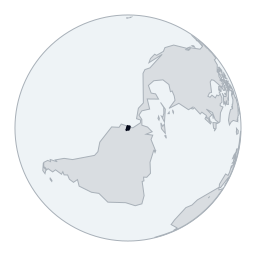 Nariño highlighted on a globe, orthographic projection, rotated 70°
{"feature_id": "COL-1406", "entity_name": "Nariño", "entity_type": "Department", "adm_level": 1, "iso_a3": "COL", "parent_name": "Colombia", "parent_adm1": "", "projection": "orthographic", "projection_center": [-77.896, 1.511], "detail": "fine", "context": "on_globe", "style": "filled", "palette": "ink", "viewbox_px": 256, "rotation_deg": 70, "n_neighbors": 0, "source": "natural_earth", "source_scale": "10m", "svg_char_len": 7939}
<svg xmlns="http://www.w3.org/2000/svg" viewBox="0 0 256 256"><g transform="rotate(70 128 128)"><circle cx="128" cy="128" r="113" fill="#eef3f6" stroke="#a8b0b8"/><path d="M127.4,114.6L124.8,113.4L122.2,116.8L113.0,111.5L109.7,105.0L81.8,95.2L78.9,92.1L79.0,86.8L70.5,70.7L73.8,86.0L70.4,83.1L67.8,77.7L69.5,76.3L68.1,68.5L65.1,65.8L65.7,56.7L73.3,45.4L74.1,47.0L75.8,44.4L74.9,42.5L73.9,41.9L78.6,33.3L76.8,30.1L72.5,31.7L76.3,29.7L65.9,34.9L62.5,36.5L68.5,33.2L70.9,31.9L69.7,32.0L71.9,30.6L72.6,30.1L75.3,28.6L78.6,27.2L80.4,26.3L79.5,26.5L81.6,25.4L82.7,25.2L86.5,23.4L92.7,21.5L93.4,23.5L99.1,22.5L105.7,25.0L107.3,24.1L110.9,24.9L114.1,24.2L114.4,25.2L116.7,23.8L115.8,23.1L116.5,22.3L118.3,22.0L119.0,23.0L118.2,23.4L119.4,23.5L118.9,24.3L120.2,23.7L120.8,25.3L122.9,23.3L125.6,24.2L125.3,25.4L121.9,25.9L112.6,31.0L111.2,33.0L112.8,35.0L123.1,37.3L123.0,39.5L125.5,42.1L127.2,40.4L125.8,37.9L129.5,35.7L127.4,33.2L128.6,32.1L127.8,29.7L131.7,29.5L135.9,30.9L136.7,33.0L138.6,33.8L140.8,31.6L145.3,35.9L153.4,39.4L154.1,40.8L150.1,43.2L142.4,43.3L137.1,47.9L144.3,44.6L146.1,48.7L148.0,49.4L150.1,49.1L150.9,47.6L152.3,49.1L145.7,52.5L144.3,51.2L146.5,50.0L142.8,50.2L138.4,53.2L139.6,55.4L131.6,58.7L132.4,60.4L131.1,62.3L130.4,59.2L131.5,64.9L122.2,71.8L123.6,82.7L118.1,74.4L113.6,73.6L108.3,73.9L108.4,75.7L101.1,74.7L94.7,78.7L92.4,87.6L95.0,94.3L103.1,94.3L105.4,90.4L111.3,89.4L107.3,100.0L117.6,101.2L116.6,109.2L119.6,113.3L124.7,112.1L130.1,114.0L133.8,109.3L139.8,106.6L140.0,113.2L143.2,107.2L146.7,110.3L158.5,109.9L157.7,111.4L167.7,119.0L178.3,122.4L180.7,127.2L179.5,130.2L183.1,131.1L183.1,133.0L197.1,136.0L204.0,140.9L203.5,147.8L197.4,155.7L190.8,172.3L179.5,177.7L175.9,184.3L165.9,193.8L159.2,193.1L160.4,197.8L156.1,200.6L151.5,200.8L150.2,204.1L146.8,204.2L148.7,206.3L142.5,210.4L143.5,213.8L138.9,217.0L139.6,218.9L138.1,218.9L136.3,219.6L136.0,220.6L131.5,218.9L131.0,214.5L133.1,212.3L131.0,211.9L135.5,206.1L133.1,207.3L134.7,198.4L138.7,190.9L142.3,168.8L140.0,164.4L131.6,159.3L121.4,143.0L124.3,136.2L122.0,133.0L129.5,123.4L127.4,114.6ZM23.9,92.1L24.7,89.6L24.6,91.0L23.9,92.1ZM24.9,88.2L24.7,89.0L24.8,88.3L24.9,88.2ZM24.8,87.8L24.9,88.1L24.7,88.0L24.8,87.8ZM123.1,86.5L134.9,91.7L128.3,92.5L129.5,91.5L126.5,89.3L120.9,87.4L115.1,88.7L123.1,86.5ZM24.6,86.4L24.7,86.1L24.9,85.8L24.6,86.4ZM128.1,80.3L126.1,79.9L128.1,79.8L128.1,80.3ZM73.1,42.0L74.6,42.6L74.7,45.0L73.1,44.6L73.1,42.0ZM73.3,38.1L74.7,37.8L72.6,40.1L72.5,39.6L73.3,38.1ZM69.0,33.4L69.9,33.4L68.3,33.9L69.0,33.4ZM72.2,30.3L71.3,30.8L72.0,30.3L72.2,30.3ZM125.7,30.0L126.7,29.8L126.4,30.3L125.7,30.0ZM124.4,29.1L123.3,29.8L122.5,29.5L123.2,29.1L124.4,29.1ZM78.1,27.0L77.4,27.4L76.8,27.7L77.8,27.2L78.1,27.0ZM126.1,28.3L121.2,29.0L119.9,28.5L121.6,26.6L126.1,28.3ZM82.5,25.0L82.2,25.1L81.7,25.3L82.5,25.0ZM114.7,23.0L115.8,23.8L113.2,23.6L114.7,23.0ZM112.9,23.1L104.1,24.1L103.5,23.0L106.6,22.8L104.4,21.9L108.4,20.8L110.5,21.1L110.1,21.9L111.9,20.9L112.9,23.1ZM116.6,22.0L114.8,22.2L114.2,21.2L117.5,20.7L116.6,21.1L116.6,22.0ZM101.9,22.3L101.9,21.6L105.2,20.5L105.7,20.2L108.4,20.7L101.9,22.3ZM117.7,21.2L119.2,20.5L121.2,20.6L118.2,21.8L117.7,21.2ZM112.6,21.2L112.4,20.8L113.6,20.8L112.6,21.2ZM129.0,21.3L126.9,21.3L126.4,20.8L129.0,21.3ZM119.6,20.2L118.9,20.2L118.5,20.0L119.9,19.6L119.6,20.2ZM110.6,20.0L111.9,19.8L109.6,19.7L112.0,19.1L113.4,19.6L113.8,19.1L114.5,19.0L114.8,19.7L110.6,20.0ZM119.9,18.8L122.5,19.7L126.4,19.6L127.0,20.0L120.6,20.1L119.9,18.8ZM116.9,19.2L118.9,19.0L118.6,19.6L117.0,20.0L116.9,19.2ZM113.1,18.5L109.1,19.3L108.9,19.2L113.1,18.5ZM121.1,18.7L120.5,18.5L121.4,18.6L121.1,18.7ZM115.6,18.4L114.2,18.6L115.6,18.4ZM120.3,18.1L121.1,18.3L120.1,18.5L120.3,18.1ZM118.2,18.1L118.3,17.8L119.2,18.5L117.6,18.2L118.2,18.1ZM115.7,18.2L115.1,18.2L116.3,18.1L115.7,18.2ZM123.7,17.1L125.1,17.9L122.9,18.4L121.8,17.5L123.7,17.1ZM138.8,222.6L131.8,219.5L135.8,220.9L139.0,219.3L142.5,221.6L138.8,222.6ZM148.0,218.3L151.4,217.4L152.1,217.9L149.9,218.7L148.0,218.3ZM207.0,47.7L206.6,47.3L208.9,49.6L209.7,50.4L212.4,53.4L208.4,49.4L209.3,51.4L215.6,61.3L215.0,62.6L212.1,61.3L204.6,52.0L206.8,50.2L204.1,47.5L199.2,44.0L200.3,43.9L198.6,42.5L198.9,41.9L195.1,38.2L194.8,37.6L189.0,33.5L188.1,32.8L191.8,35.3L194.2,36.9L193.8,36.6L200.6,41.9L207.0,47.7ZM191.4,34.9L192.0,35.3L185.2,31.1L186.3,32.1L180.5,28.8L169.2,23.1L176.9,26.5L184.3,30.4L191.4,34.9ZM239.9,140.6L240.4,130.4L240.4,122.1L240.0,118.8L239.7,120.0L238.9,116.1L238.5,116.2L233.5,120.5L230.3,115.7L222.6,100.8L222.3,94.3L219.3,87.4L214.9,62.9L217.2,63.7L217.5,59.8L218.1,60.4L221.6,65.5L222.7,67.0L227.1,74.4L230.8,82.0L234.0,90.0L236.6,98.1L238.6,106.5L239.9,114.9L240.5,123.5L240.6,132.0L239.9,140.6ZM220.3,74.6L221.3,76.6L220.3,74.6ZM158.9,109.8L160.3,111.0L158.5,111.1L158.9,109.8ZM127.4,95.2L129.9,95.3L131.2,96.2L129.3,96.6L127.4,95.2ZM148.0,95.0L150.8,95.5L147.9,96.1L148.0,95.0ZM136.7,92.4L145.8,94.8L140.1,96.8L134.4,95.4L138.3,94.8L136.7,92.4ZM127.1,83.9L128.6,84.3L128.2,85.4L127.1,83.9ZM129.6,80.3L129.0,80.4L128.2,79.5L129.6,80.3ZM146.5,48.5L147.0,48.2L149.2,48.4L148.3,49.0L146.5,48.5ZM158.5,45.4L160.5,48.0L158.4,46.5L157.5,47.7L151.9,46.3L154.2,41.4L154.2,43.8L158.5,45.4ZM145.2,43.7L148.4,44.8L144.8,43.8L145.2,43.7ZM188.6,36.2L190.2,36.8L192.2,38.4L192.5,40.2L189.7,37.7L188.6,36.2ZM192.0,37.4L185.1,33.2L184.6,32.3L186.0,33.4L186.4,33.2L188.8,35.1L195.1,38.7L197.2,40.5L196.7,42.1L195.7,40.5L194.2,39.8L192.0,37.4ZM168.4,27.2L165.4,26.2L168.2,25.3L170.7,26.4L171.2,27.9L168.6,27.6L168.4,27.2ZM130.0,25.2L128.7,25.4L128.5,25.0L129.5,24.5L130.0,25.2ZM128.0,21.3L135.6,23.8L134.5,24.1L140.2,25.6L139.5,27.2L135.8,26.1L139.5,28.6L135.9,28.3L138.8,30.0L130.6,27.5L127.4,27.6L131.2,26.8L132.0,25.3L131.4,24.7L127.3,23.1L120.9,22.9L120.7,21.7L122.2,20.8L123.7,20.7L123.4,21.5L125.6,20.7L126.3,21.8L128.0,21.3ZM140.0,16.5L139.0,16.7L143.5,16.9L144.3,17.3L144.8,17.3L146.7,17.9L149.8,18.6L149.7,18.8L151.0,19.1L152.3,19.6L154.0,20.0L154.3,20.6L156.4,21.3L155.3,21.3L159.0,22.3L156.4,21.8L157.8,22.7L159.6,22.7L156.9,26.5L157.7,29.1L159.8,31.6L155.1,30.9L150.1,28.3L145.7,25.3L145.6,23.1L143.5,23.4L142.8,22.5L144.7,22.7L141.3,22.0L141.3,21.4L137.3,19.7L132.4,19.4L130.9,18.9L132.8,18.8L129.9,18.5L132.4,17.9L131.3,17.6L132.7,16.9L137.0,16.9L135.5,16.7L136.5,16.3L140.0,16.5ZM124.2,16.9L129.2,16.5L132.0,16.7L128.4,17.9L129.0,18.2L126.7,19.4L122.7,19.2L123.7,18.9L123.8,18.5L125.0,18.7L124.0,18.3L125.4,17.9L125.0,17.5L126.7,17.4L124.2,16.9ZM217.1,59.1L216.6,58.5L217.1,59.1ZM212.9,54.4L212.6,53.9L215.2,57.0L212.9,54.4ZM210.3,51.3L212.4,53.7L211.2,52.4L210.3,51.3ZM191.3,34.9L190.8,34.5L191.6,35.1L192.9,36.0L191.3,34.9ZM151.4,17.8L153.6,18.3L152.6,18.1L151.9,17.9L148.2,17.2L147.4,17.0L148.7,17.3L151.4,17.8ZM146.8,16.9L146.9,17.0L146.6,16.9L146.8,16.9Z" fill="#d9dde1" stroke="#a8b0b8" stroke-width="1"/><path d="M126.5,128.5L126.5,128.4L126.4,128.4L126.3,128.2L126.2,128.1L126.1,127.9L125.9,127.9L125.8,127.7L126.0,127.5L126.1,127.4L126.3,127.4L126.5,127.4L126.6,127.5L126.7,127.4L126.7,127.2L126.5,126.9L126.4,126.8L126.4,126.7L126.5,126.6L126.5,126.4L126.6,126.2L126.7,126.3L126.7,126.2L126.8,126.1L126.9,125.9L127.0,125.9L127.3,126.0L127.3,125.9L127.3,125.7L127.3,125.8L127.4,126.0L127.5,126.1L127.6,125.9L127.8,125.9L127.9,126.0L127.9,126.3L128.1,126.6L128.3,126.8L128.5,126.7L128.8,126.6L129.0,126.6L129.2,126.8L129.3,127.0L129.3,127.3L129.2,127.3L129.2,127.5L129.3,127.7L129.5,127.7L129.8,127.6L130.0,127.7L130.0,127.8L130.0,128.0L129.9,128.0L129.9,128.3L129.8,128.5L129.6,128.6L129.6,128.8L129.7,129.0L129.5,129.3L129.3,129.6L129.5,129.8L129.6,130.0L129.6,130.3L129.4,130.3L129.0,130.2L128.9,130.2L128.9,129.8L128.8,129.7L128.7,129.7L128.4,129.4L128.2,129.4L127.9,129.2L127.9,129.3L127.8,129.2L127.6,129.2L127.3,129.0L127.3,128.9L127.1,128.9L126.9,128.7L126.7,128.6L126.5,128.5ZM127.5,125.8L127.6,126.0L127.4,126.0L127.4,125.9L127.4,125.7L127.5,125.7L127.5,125.8L127.5,125.8Z" fill="#0f172a" stroke="#020617" stroke-width="1.5"/></g></svg>